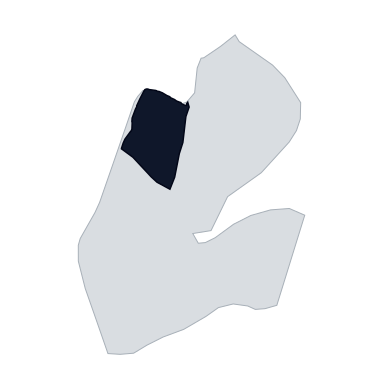 Dorra, Tadjourah, Djibouti (highlighted), rotated 345°
{"feature_id": "41766387B22586556456338", "entity_name": "Dorra", "entity_type": "district", "adm_level": 2, "iso_a3": "DJI", "parent_name": "Djibouti", "parent_adm1": "Tadjourah", "projection": "orthographic", "projection_center": [42.487, 12.202], "detail": "fine", "context": "in_parent", "style": "filled", "palette": "ink", "viewbox_px": 384, "rotation_deg": 345, "n_neighbors": 0, "source": "geoboundaries", "source_scale": "gbopen_adm2", "svg_char_len": 1498}
<svg xmlns="http://www.w3.org/2000/svg" viewBox="0 0 384 384"><g transform="rotate(345 192 192)"><path d="M294.9,243.6L281.4,265.0L264.2,292.3L244.6,323.4L232.4,323.6L222.8,321.8L216.3,316.5L202.8,310.8L187.6,310.5L173.2,315.8L148.6,322.5L126.5,324.6L108.7,328.3L93.9,332.6L80.6,330.2L69.0,326.3L66.6,293.3L63.9,257.5L64.3,229.4L68.4,214.0L72.0,208.0L92.9,186.8L100.1,178.1L124.0,142.9L144.5,112.6L159.7,90.0L164.4,85.6L170.8,81.3L175.4,82.5L205.0,104.3L210.3,103.7L220.2,96.9L229.1,73.6L235.4,65.1L238.1,65.4L257.1,58.8L274.3,51.4L276.5,59.0L302.7,90.3L311.2,105.6L320.1,133.8L315.5,149.5L308.8,159.7L298.8,168.9L263.9,191.3L225.2,205.7L200.4,234.2L182.0,232.3L184.8,243.1L191.7,244.3L202.4,242.2L223.8,233.9L242.7,229.9L263.2,229.6L281.7,233.1L294.9,243.6Z" fill="#d9dde1" stroke="#a8b0b8" stroke-width="1"/><path d="M211.1,104.2L209.8,105.2L209.1,107.0L207.8,106.6L205.0,104.3L204.3,102.6L203.5,102.2L202.3,101.3L200.6,100.1L199.1,98.2L195.7,95.4L195.6,94.9L194.7,93.8L192.8,92.4L189.0,88.5L187.8,87.6L186.0,86.2L184.9,86.0L184.1,85.1L183.2,84.5L177.2,82.0L176.0,81.1L174.6,80.7L173.0,80.9L171.7,82.0L170.7,83.1L166.0,88.3L160.9,94.4L160.7,95.3L159.0,97.1L158.0,98.5L153.3,105.1L152.2,108.3L152.1,109.7L150.2,115.8L149.7,116.4L148.9,117.3L148.2,117.7L140.9,123.6L138.2,126.9L135.8,130.6L135.5,131.0L135.0,132.0L143.9,143.1L156.6,167.0L160.8,173.6L171.4,183.6L179.1,173.2L189.7,151.6L196.0,141.8L205.6,117.6L211.2,109.2L211.1,104.2Z" fill="#0f172a" stroke="#020617" stroke-width="1.5"/></g></svg>